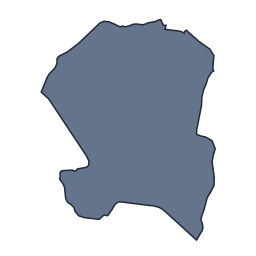 the border of Tapoa, rotated 182°
{"feature_id": "BFA-2878", "entity_name": "Tapoa", "entity_type": "Province", "adm_level": 1, "iso_a3": "BFA", "parent_name": "Burkina Faso", "parent_adm1": "", "projection": "albers", "projection_center": [1.792, 12.114], "detail": "fine", "context": "isolated", "style": "filled", "palette": "slate", "viewbox_px": 256, "rotation_deg": 182, "n_neighbors": 0, "source": "natural_earth", "source_scale": "10m", "svg_char_len": 1638}
<svg xmlns="http://www.w3.org/2000/svg" viewBox="0 0 256 256"><g transform="rotate(182 128 128)"><path d="M216.0,160.8L210.7,175.4L208.6,179.3L202.9,185.7L201.3,190.0L201.2,192.7L201.4,194.3L200.8,195.8L198.8,197.8L190.9,202.2L180.1,211.1L160.6,231.1L159.9,231.9L155.8,233.8L150.6,233.4L144.3,231.0L140.5,229.2L138.7,228.9L137.3,229.8L134.7,229.1L131.8,229.6L126.0,232.0L123.2,232.2L116.7,231.7L114.3,232.5L111.5,233.8L104.7,235.3L102.1,236.6L99.2,237.6L96.1,231.8L93.6,232.0L93.8,231.0L94.2,228.9L94.5,227.9L80.5,226.7L77.7,226.1L75.3,224.7L74.4,226.9L72.9,227.8L72.8,227.7L72.6,227.6L71.0,225.9L60.4,217.2L49.0,209.7L44.7,203.3L45.3,190.4L44.3,188.0L46.6,186.4L49.9,180.7L51.6,174.2L53.8,168.7L55.3,161.3L55.3,153.5L59.2,128.8L59.3,124.1L55.2,122.6L49.9,121.6L43.5,118.2L40.1,110.3L41.8,103.8L42.8,97.1L40.1,82.0L40.0,73.8L43.0,67.2L46.4,61.2L49.6,47.4L50.8,44.1L51.9,39.2L50.3,34.6L49.6,30.8L50.3,28.1L55.6,18.4L59.4,21.6L71.4,31.8L79.5,38.7L89.7,47.3L93.8,49.6L98.7,50.9L113.8,52.2L132.5,53.9L135.1,53.6L137.6,51.9L139.4,49.3L140.9,46.3L143.4,42.6L144.4,40.6L145.1,39.9L146.3,39.6L147.3,40.1L148.5,40.3L150.1,39.2L152.6,36.5L154.0,35.7L168.3,36.9L174.2,38.5L178.1,43.0L179.0,46.0L179.5,46.8L181.1,48.4L182.6,49.7L185.4,51.3L186.7,53.0L187.7,55.1L188.1,57.0L189.3,66.1L190.0,68.0L191.2,70.3L192.1,71.5L193.9,73.6L194.5,74.7L194.5,75.3L194.1,76.9L194.1,77.7L194.4,81.0L193.3,82.6L191.1,83.2L182.4,84.0L181.6,83.8L180.0,83.1L179.6,82.9L178.7,83.4L177.6,84.9L176.9,85.4L168.4,87.2L166.2,89.1L165.8,93.5L168.7,98.8L175.0,107.7L186.1,123.2L196.5,137.8L208.2,154.2L216.0,160.8Z" fill="#64748b" stroke="#1e293b" stroke-width="1.5"/></g></svg>